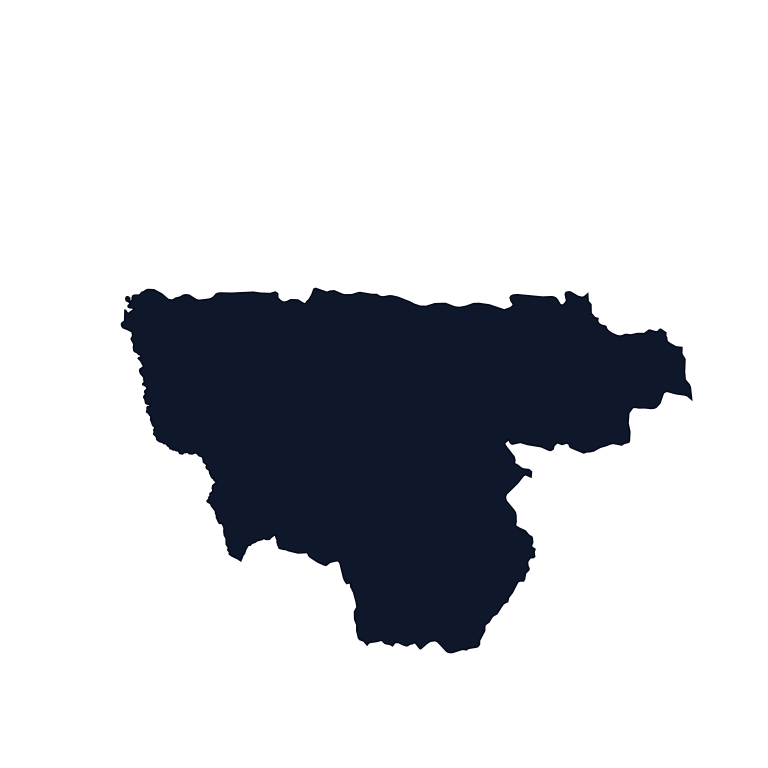 Bat Xat, Lào Cai, Vietnam (Robinson projection), rotated 313°
{"feature_id": "81297802B11536853186467", "entity_name": "Bat Xat", "entity_type": "district", "adm_level": 2, "iso_a3": "VNM", "parent_name": "Vietnam", "parent_adm1": "Lào Cai", "projection": "robinson", "projection_center": [103.676, 22.597], "detail": "fine", "context": "isolated", "style": "filled", "palette": "ink", "viewbox_px": 768, "rotation_deg": 313, "n_neighbors": 0, "source": "geoboundaries", "source_scale": "gbopen_adm2", "svg_char_len": 6171}
<svg xmlns="http://www.w3.org/2000/svg" viewBox="0 0 768 768"><g transform="rotate(313 384 384)"><path d="M588.9,471.5L585.1,471.1L583.2,470.5L582.2,469.4L580.4,466.3L578.6,458.2L577.9,456.7L575.4,454.8L574.1,454.9L572.8,455.9L569.4,460.9L565.3,461.3L562.9,460.6L562.3,458.4L563.9,453.2L564.0,451.1L563.5,449.1L562.2,447.1L555.7,440.7L540.0,420.3L537.2,417.9L535.1,417.0L533.2,417.3L531.5,420.1L530.5,424.2L529.3,424.8L526.2,424.6L520.2,421.5L513.7,407.2L507.8,398.7L503.9,394.7L496.9,391.1L492.1,387.6L489.9,385.2L488.3,382.6L485.1,374.6L483.9,373.0L477.3,366.4L469.5,361.9L465.5,357.4L462.9,351.7L461.5,346.7L456.9,335.0L453.9,329.9L452.3,327.9L447.2,324.1L445.3,321.5L444.5,317.7L441.0,313.8L434.8,304.4L433.3,303.0L427.5,299.7L422.4,294.5L421.1,292.1L418.1,283.9L414.8,281.0L412.2,279.9L407.3,268.8L405.6,268.0L400.2,270.3L394.8,271.6L391.4,271.4L389.5,272.0L388.2,270.8L386.7,263.7L382.0,258.3L377.7,256.7L375.6,255.0L374.9,253.9L374.4,251.4L374.5,247.5L377.4,244.8L377.5,243.2L377.0,241.7L372.4,239.0L366.0,231.6L362.0,225.8L346.1,210.3L338.9,202.2L336.8,200.5L335.1,199.9L331.9,200.1L329.0,199.5L326.3,197.9L318.9,191.6L317.6,189.0L316.0,180.7L313.7,177.8L311.8,176.6L308.6,175.7L304.3,172.9L301.8,172.5L300.2,171.0L298.6,168.5L298.3,160.1L296.0,151.5L292.4,147.2L290.9,146.1L287.1,145.2L285.9,144.3L283.2,144.6L282.0,144.3L278.8,140.9L277.1,140.2L275.6,140.8L273.7,142.6L272.0,142.4L271.4,142.0L271.3,141.0L273.2,139.7L273.4,138.0L272.8,136.7L271.8,136.3L270.4,136.8L269.2,138.6L270.2,142.7L269.0,143.6L266.9,143.4L265.9,144.3L266.1,145.6L268.0,148.0L268.8,150.3L261.1,148.9L260.8,147.9L261.7,145.0L261.3,144.2L253.2,151.4L250.0,150.7L248.6,151.2L247.3,153.3L247.2,155.0L249.1,159.6L250.3,164.3L247.7,167.5L244.5,168.3L242.6,173.8L239.9,175.8L237.8,178.2L237.7,179.7L238.5,181.9L238.4,184.3L239.0,186.1L238.7,187.3L237.9,187.9L236.0,186.7L235.1,186.8L235.0,190.0L233.4,195.0L232.5,196.4L228.5,195.4L227.0,196.2L225.5,199.1L225.4,201.7L224.9,204.0L222.9,205.9L222.2,207.6L219.8,207.4L219.0,207.9L220.0,211.3L219.4,213.5L218.5,214.1L215.8,213.8L214.9,214.5L214.1,216.5L211.3,216.8L210.3,217.4L209.8,219.5L207.4,222.8L207.7,224.2L209.1,226.2L208.9,227.7L207.9,228.1L206.7,226.8L205.4,226.6L203.3,228.6L201.8,229.2L201.6,230.2L202.2,231.8L201.4,233.4L201.4,235.6L198.8,237.6L195.9,243.3L196.2,245.7L195.4,246.4L193.3,246.9L192.6,248.4L190.2,249.7L190.2,253.3L188.5,255.7L188.4,257.0L188.9,259.5L190.2,261.6L190.3,263.6L191.6,265.3L191.2,268.1L191.6,269.8L190.8,271.8L191.6,272.8L191.9,274.7L193.2,275.8L193.4,277.4L194.9,279.3L193.9,281.9L195.3,284.3L197.5,284.5L198.3,285.6L200.2,286.6L200.2,289.1L202.0,291.4L205.2,293.0L205.6,295.1L205.4,297.8L206.6,300.3L206.7,301.5L203.8,305.2L204.0,309.9L202.1,310.4L201.3,311.7L201.7,315.2L200.0,317.3L198.1,321.7L198.3,324.3L197.8,325.2L197.9,327.5L197.4,328.5L193.0,328.0L190.6,329.5L189.6,331.3L188.7,332.0L185.1,331.5L183.7,333.1L181.8,333.2L180.3,334.4L178.1,334.2L177.5,334.8L177.4,335.7L178.3,338.6L177.1,341.1L176.2,347.1L174.4,349.3L173.6,351.3L172.2,352.3L169.9,357.8L170.1,359.1L171.4,360.5L171.5,361.2L169.6,365.3L167.2,367.2L164.4,370.5L163.5,373.8L159.2,377.9L158.2,381.7L156.0,383.0L155.7,385.6L154.1,386.8L154.4,389.8L156.4,396.1L157.0,399.9L162.9,397.6L164.8,397.6L168.3,395.9L173.2,394.6L174.8,396.1L177.3,396.0L180.2,397.6L182.7,398.1L187.4,401.0L189.0,401.2L190.0,403.8L192.1,406.1L195.3,406.1L199.1,407.0L199.2,408.5L198.4,409.2L196.9,412.5L195.6,413.4L194.0,415.9L192.4,419.4L194.6,423.4L195.9,424.9L196.9,427.7L201.7,436.3L208.0,442.4L208.4,443.8L207.3,445.6L207.0,447.6L208.6,456.9L210.7,463.2L211.8,465.3L216.9,466.1L222.1,469.7L223.2,470.9L223.5,471.9L222.8,474.3L214.6,486.7L213.3,489.7L212.6,492.8L214.9,494.3L215.3,495.4L212.6,498.7L212.7,499.9L211.6,501.5L211.1,503.5L205.5,512.5L202.3,516.5L197.4,517.7L192.7,522.2L191.5,523.7L189.3,528.4L185.0,532.3L180.9,538.5L180.5,540.5L182.2,544.4L181.6,549.7L183.5,549.4L185.3,549.9L191.0,554.5L194.7,556.7L195.1,557.4L194.9,561.1L195.3,562.4L197.8,566.2L198.3,568.8L202.5,568.4L204.9,571.0L206.0,575.1L207.7,578.8L208.6,579.7L211.4,580.3L213.1,581.7L215.8,582.8L215.9,584.7L215.0,590.4L215.4,591.4L223.6,592.3L227.5,593.3L231.4,596.6L232.1,599.3L231.2,612.1L231.6,613.9L232.9,615.8L234.8,617.5L242.5,621.7L243.9,622.8L245.8,625.6L247.6,625.8L249.1,626.7L254.7,631.1L256.1,631.7L258.7,631.4L261.4,628.9L272.2,625.9L275.9,622.6L277.3,622.3L281.7,623.1L286.8,622.0L288.9,622.0L292.9,623.3L303.2,621.4L305.4,621.4L309.2,622.9L312.7,620.7L318.7,620.2L330.3,616.9L332.5,617.6L335.1,620.4L335.7,620.3L337.2,619.8L342.1,616.6L346.9,616.7L348.1,615.7L348.9,613.6L350.3,611.8L352.0,610.2L356.2,609.5L357.5,610.1L358.7,611.6L360.5,611.9L363.5,608.3L366.2,607.1L365.5,603.7L366.1,602.2L369.4,600.9L372.7,597.2L372.9,596.0L372.2,593.2L372.9,587.5L370.9,581.5L370.0,577.4L370.5,576.3L373.3,574.6L378.1,569.9L379.6,567.6L380.3,564.8L381.8,553.3L383.2,550.9L384.7,549.5L387.2,548.6L403.0,549.3L411.8,548.5L414.2,549.2L416.2,555.0L420.4,551.7L420.2,548.4L417.1,544.2L416.2,542.2L415.8,537.3L414.8,533.6L417.6,531.6L419.4,528.9L421.5,516.1L422.3,513.0L423.1,512.6L428.4,513.0L427.3,516.1L427.1,517.6L427.5,518.8L434.3,523.5L437.7,530.3L445.3,541.7L448.2,550.1L449.2,551.3L451.6,552.1L454.8,550.4L458.7,550.7L459.5,551.2L461.2,555.5L465.4,557.8L466.2,560.1L464.9,562.6L464.9,564.0L469.8,577.1L472.8,578.7L474.9,580.8L477.9,582.9L485.2,585.3L490.5,588.5L494.6,590.4L497.0,592.2L501.6,599.6L503.8,599.9L508.4,602.7L509.7,602.3L516.7,596.4L521.7,589.3L529.7,582.8L536.5,582.0L538.7,584.1L540.3,586.7L544.3,590.8L548.5,596.3L550.7,598.1L552.6,598.9L558.0,598.9L568.0,594.5L571.5,595.6L576.0,604.2L581.2,611.6L582.3,614.1L582.5,619.6L590.5,610.3L591.7,607.7L592.5,601.4L597.8,595.5L607.4,587.2L608.8,582.0L609.6,580.7L613.9,577.0L610.2,572.1L608.5,564.9L608.3,561.8L610.6,559.1L611.4,557.0L613.7,555.3L612.8,549.1L612.1,548.5L609.1,548.4L607.8,547.7L604.4,541.2L598.4,540.0L593.6,534.8L588.2,531.1L585.1,526.9L581.6,525.2L579.6,523.6L578.3,521.4L576.5,516.2L575.8,511.2L576.3,508.9L577.3,507.3L576.9,505.6L575.3,503.1L574.7,499.9L575.6,497.3L577.8,495.8L576.3,492.9L577.0,487.2L583.3,481.1L583.7,476.9L588.9,471.5Z" fill="#0f172a" stroke="#020617" stroke-width="1.5"/></g></svg>